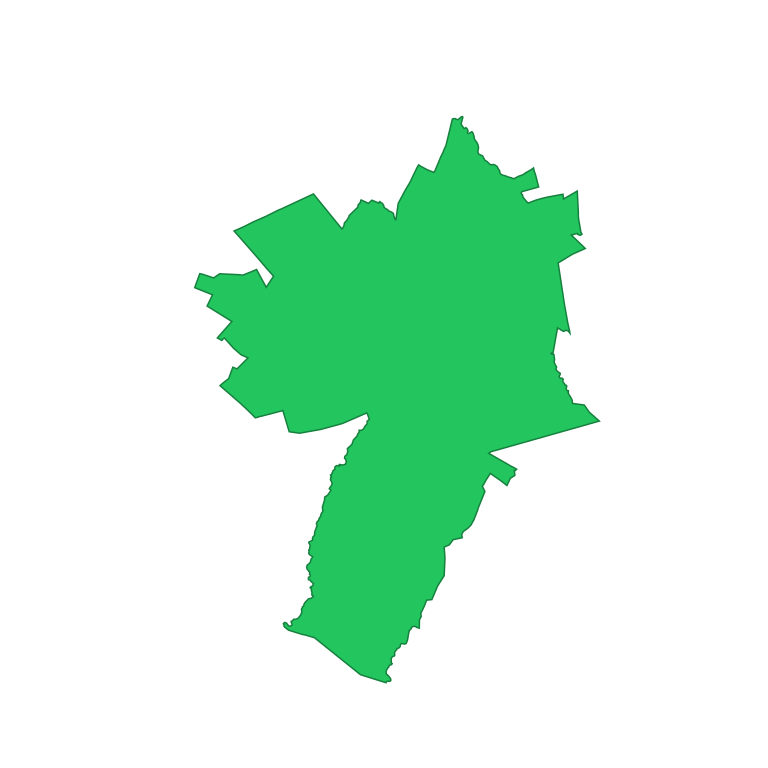 the district of Chirumhanzu, Midlands, Zimbabwe, rotated 23°
{"feature_id": "62879985B8175030067165", "entity_name": "Chirumhanzu", "entity_type": "district", "adm_level": 2, "iso_a3": "ZWE", "parent_name": "Zimbabwe", "parent_adm1": "Midlands", "projection": "orthographic", "projection_center": [30.527, -19.353], "detail": "fine", "context": "isolated", "style": "filled", "palette": "green", "viewbox_px": 768, "rotation_deg": 23, "n_neighbors": 0, "source": "geoboundaries", "source_scale": "gbopen_adm2", "svg_char_len": 6170}
<svg xmlns="http://www.w3.org/2000/svg" viewBox="0 0 768 768"><g transform="rotate(23 384 384)"><path d="M437.2,126.7L435.4,129.7L432.0,134.0L430.3,136.9L426.5,140.4L423.3,144.4L420.4,144.4L417.8,144.9L414.8,144.9L411.7,145.4L410.1,145.2L408.9,144.9L407.8,144.0L407.8,143.5L407.0,142.5L404.6,140.9L403.2,139.6L400.3,139.0L399.2,139.1L397.0,140.4L395.6,140.4L392.1,139.0L389.2,138.5L385.8,135.6L384.5,135.4L381.7,135.4L380.7,134.9L379.7,133.6L378.6,129.3L377.0,127.1L375.2,125.4L371.6,123.3L370.1,120.8L367.4,117.8L366.3,117.4L364.4,120.0L363.7,120.4L362.8,120.3L362.5,119.5L362.6,118.5L362.1,117.7L360.8,116.6L359.2,116.0L358.3,117.3L357.8,117.5L354.2,115.2L353.4,114.3L353.2,113.6L352.5,108.2L351.9,107.2L351.3,107.5L350.4,108.4L349.0,111.6L348.3,112.0L345.7,111.9L344.9,112.2L343.5,113.2L343.4,113.4L347.8,140.0L347.7,145.0L347.8,147.9L347.5,152.3L347.6,167.4L347.3,169.7L340.3,169.9L331.8,169.1L330.3,168.7L329.8,172.3L329.1,188.0L327.8,197.6L326.5,212.2L330.7,228.0L329.7,228.0L327.6,225.7L326.1,223.5L325.5,223.1L323.6,222.8L321.1,222.8L318.9,222.1L316.5,221.8L315.0,221.3L314.0,219.8L311.9,218.3L310.7,218.3L308.8,217.7L308.6,217.8L308.5,219.5L301.1,219.5L299.0,223.8L291.1,223.5L290.8,224.0L291.1,224.7L291.1,227.0L290.2,228.8L290.3,229.6L290.7,230.6L290.7,231.7L286.1,242.5L286.4,243.7L286.0,246.8L285.3,249.6L284.6,250.9L285.3,254.3L284.8,257.8L244.8,236.6L220.5,263.6L219.5,264.4L209.6,276.0L200.3,285.9L193.0,294.5L186.2,301.7L218.1,317.1L231.0,323.6L240.2,327.9L237.8,341.0L222.0,328.4L211.6,338.9L206.8,340.4L189.6,346.8L185.7,352.9L173.9,353.9L171.3,354.4L172.1,369.3L191.3,368.9L190.7,381.4L219.5,385.9L212.6,406.7L217.6,407.3L218.1,406.4L217.9,405.8L219.3,404.1L231.4,409.8L239.8,412.6L241.5,413.0L248.6,413.1L242.8,427.5L238.3,427.6L238.9,439.7L235.2,446.4L233.7,449.6L259.9,458.1L272.0,462.6L278.8,465.4L281.2,463.6L281.7,462.9L283.8,461.5L301.3,448.0L315.4,465.0L325.5,462.3L343.3,450.7L361.1,436.7L379.4,417.4L380.1,417.7L384.3,422.3L383.0,424.9L384.0,427.3L382.9,430.7L382.7,433.4L381.2,435.6L379.2,436.2L379.9,438.4L379.3,440.4L379.6,442.1L377.7,447.5L377.9,450.6L378.1,451.6L376.9,454.9L375.5,457.7L377.0,460.4L377.4,463.5L376.2,465.8L376.7,467.8L378.0,468.2L379.6,470.1L379.9,473.0L379.0,473.5L378.1,474.6L374.3,475.5L374.3,475.8L375.1,476.2L375.2,476.8L372.3,477.6L371.3,479.1L371.3,479.9L372.1,481.2L372.2,481.6L371.5,482.2L371.5,482.8L370.9,483.9L371.1,484.8L370.9,485.8L371.3,487.6L371.2,487.9L370.7,488.1L370.3,488.7L370.9,489.4L371.9,489.9L371.9,490.2L371.5,491.1L372.1,492.0L372.0,493.0L373.6,494.2L375.3,496.1L375.1,499.3L374.7,500.2L374.5,501.6L374.8,502.0L376.6,502.4L376.7,502.8L375.5,508.5L373.6,511.2L374.6,514.2L375.4,521.4L377.5,525.2L377.0,527.0L376.9,528.4L377.3,530.3L376.8,533.2L377.1,535.0L376.3,536.9L376.3,538.9L377.9,540.7L377.7,542.4L378.0,544.6L377.9,546.4L378.5,548.9L379.2,550.1L378.3,552.7L378.4,554.0L379.2,555.1L379.3,555.7L377.7,557.5L376.6,559.0L376.7,559.4L379.0,561.3L379.6,563.8L380.1,564.9L379.6,566.1L379.8,566.7L380.5,567.3L380.7,568.8L380.9,569.3L382.2,570.2L385.9,570.9L385.9,571.9L385.3,573.4L385.8,577.1L385.2,578.7L384.1,580.7L384.3,582.6L385.7,584.6L387.4,585.3L387.8,585.8L389.1,586.0L389.3,586.6L389.3,587.1L389.6,587.5L389.7,588.2L390.9,588.8L391.1,590.1L390.9,590.6L390.0,591.4L390.9,593.7L391.8,593.4L392.9,593.5L393.9,594.3L397.1,595.3L396.9,596.0L397.3,596.9L397.3,597.7L395.9,599.1L395.6,600.3L395.8,600.6L396.7,600.2L397.3,600.9L397.6,602.1L399.1,604.0L400.0,606.3L400.3,606.6L401.8,606.9L402.1,607.3L400.5,609.9L399.1,610.7L398.3,611.6L396.8,615.6L396.4,617.3L396.7,620.0L396.0,621.0L396.2,622.0L396.0,623.5L397.7,626.5L397.5,627.3L397.5,628.3L397.7,628.6L396.5,633.2L394.9,634.9L392.9,635.7L392.1,637.8L391.3,638.8L391.7,639.6L392.9,640.6L393.4,641.7L393.2,642.4L392.2,643.7L391.4,644.0L390.0,643.5L387.7,642.2L387.0,642.1L385.9,642.2L385.7,642.3L385.0,644.1L386.3,644.9L386.5,645.9L387.4,646.5L392.3,647.9L407.4,646.4L407.7,646.1L419.1,644.7L475.9,660.8L502.6,658.2L502.7,656.8L503.6,656.1L505.6,655.4L506.1,654.2L505.5,653.0L504.5,652.2L502.3,651.0L499.4,649.9L498.2,647.7L498.3,644.4L499.0,642.7L498.8,641.3L499.3,640.5L500.6,639.3L500.8,638.2L499.4,637.6L499.2,636.6L498.2,634.8L498.0,634.0L498.1,632.2L498.7,631.3L499.6,630.6L499.9,630.0L499.9,629.6L498.7,627.0L498.7,626.2L499.1,624.5L499.6,623.6L499.4,622.4L500.8,621.2L501.4,619.7L501.4,618.8L501.0,617.7L501.1,616.8L501.7,616.0L504.4,615.4L505.4,614.7L505.8,614.0L505.7,610.5L503.9,603.0L504.0,602.2L503.5,601.5L504.6,598.9L504.5,597.2L505.5,595.9L507.3,594.9L509.3,595.3L511.9,594.9L508.8,587.3L509.1,583.4L507.5,580.8L507.9,572.9L507.7,566.3L512.3,563.8L512.3,548.9L514.3,537.0L508.2,520.5L503.1,510.6L507.0,506.5L508.5,500.3L516.1,494.9L514.3,492.2L514.6,488.9L517.6,483.9L519.3,479.4L519.6,474.5L519.8,474.5L519.5,462.9L519.2,462.4L518.9,443.5L514.4,439.6L515.0,437.8L515.5,432.4L516.8,424.8L529.0,427.3L536.8,429.4L537.2,421.3L540.2,417.0L537.8,412.8L538.5,412.6L539.4,410.6L534.4,410.0L534.8,410.2L507.5,406.9L509.1,404.4L596.7,334.0L584.1,329.8L576.5,325.1L565.2,328.2L564.0,326.5L563.7,325.6L562.7,324.5L561.2,323.5L560.4,322.7L558.4,321.5L556.9,320.0L556.8,319.0L556.3,318.2L555.4,318.6L554.5,318.1L553.4,317.0L553.1,316.6L553.3,315.2L552.9,314.3L552.3,313.9L550.8,314.2L550.1,313.3L547.8,312.0L547.2,311.2L547.3,310.0L546.4,309.2L545.5,309.1L544.6,309.7L543.4,309.6L542.5,308.9L542.3,308.1L542.4,306.2L542.0,305.3L538.7,304.6L537.5,304.0L536.4,303.1L536.3,301.1L535.8,300.4L535.2,300.3L532.4,297.8L531.9,297.0L531.5,294.9L529.7,292.0L529.0,290.5L528.2,290.5L526.9,290.9L525.9,290.7L525.9,290.2L527.6,289.9L521.8,264.5L523.5,264.9L524.3,264.7L525.9,265.2L527.3,265.2L528.3,265.5L529.0,265.3L530.4,263.5L532.8,263.2L535.3,264.6L533.7,262.0L529.6,256.4L519.3,240.7L497.0,204.5L506.6,191.1L516.3,180.6L498.2,173.7L503.1,169.9L504.0,170.6L506.4,170.5L507.3,169.5L507.7,168.6L506.0,167.4L499.0,156.6L496.8,152.5L496.1,150.6L486.5,130.9L477.0,143.5L474.6,139.4L474.4,139.5L461.6,148.0L456.5,151.7L451.5,155.8L446.1,161.1L444.1,160.4L440.2,158.4L438.2,157.0L437.9,156.1L437.5,155.7L435.9,155.1L435.6,154.3L435.9,153.0L449.4,142.2L441.5,131.9L439.5,129.8L437.2,126.7Z" fill="#22c55e" stroke="#15803d" stroke-width="1.5"/></g></svg>